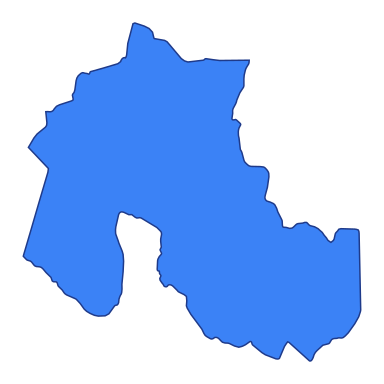 map outline of Jujuy (Albers equal-area conic projection)
{"feature_id": "ARG-1301", "entity_name": "Jujuy", "entity_type": "Province", "adm_level": 1, "iso_a3": "ARG", "parent_name": "Argentina", "parent_adm1": "", "projection": "albers", "projection_center": [-65.702, -23.2], "detail": "fine", "context": "isolated", "style": "filled", "palette": "blue", "viewbox_px": 384, "rotation_deg": 0, "n_neighbors": 0, "source": "natural_earth", "source_scale": "10m", "svg_char_len": 5093}
<svg xmlns="http://www.w3.org/2000/svg" viewBox="0 0 384 384"><path d="M23.3,256.2L23.6,255.0L31.1,229.5L38.5,204.1L46.0,178.7L47.9,172.3L48.4,168.5L28.4,147.4L34.0,137.9L37.2,133.9L45.4,127.2L46.6,125.4L46.9,122.8L45.8,111.7L47.7,111.6L50.2,111.8L51.9,111.4L53.3,110.4L54.3,108.8L56.5,106.3L59.5,104.8L71.8,100.8L73.1,99.9L73.1,98.6L72.4,95.2L72.7,94.2L74.1,92.4L74.9,89.7L76.1,80.8L76.9,78.0L78.3,75.7L80.9,73.4L82.4,72.7L83.6,72.8L84.8,73.2L87.0,73.5L88.8,74.1L89.3,73.9L89.7,73.2L90.0,72.3L90.4,71.7L103.2,68.1L117.9,63.7L120.6,61.6L121.0,60.5L121.7,59.3L122.5,58.4L123.5,57.8L124.9,57.6L125.4,57.9L125.6,57.7L126.3,56.3L126.7,54.5L127.8,43.4L133.0,23.7L134.9,23.0L144.3,26.1L149.1,28.5L152.5,32.2L153.9,38.0L154.4,38.6L164.6,40.4L167.1,41.8L181.3,58.6L184.5,60.9L187.9,62.0L203.3,60.2L204.1,59.8L204.6,59.3L205.2,58.8L206.1,58.7L213.8,59.8L219.7,60.5L249.2,60.2L249.0,62.8L248.5,64.2L247.1,66.4L245.9,68.6L245.3,70.4L244.2,75.1L243.9,78.8L243.9,85.6L243.7,86.6L243.4,87.4L241.4,90.4L241.1,90.9L239.9,92.7L236.8,100.1L236.4,101.9L235.7,103.7L233.2,108.4L232.8,109.6L232.6,110.6L232.7,113.3L231.9,118.7L232.4,119.7L232.7,119.8L233.9,119.9L235.6,119.5L236.5,120.0L240.4,123.6L240.7,124.7L239.0,128.1L238.5,130.0L238.3,131.8L238.4,134.8L238.5,135.8L238.8,137.3L239.0,137.9L240.3,149.2L240.5,149.8L241.4,151.3L241.9,152.5L244.0,160.4L244.4,161.3L244.8,162.0L246.4,163.7L248.6,165.6L249.8,166.1L251.2,166.4L260.4,166.6L263.5,167.0L264.4,167.4L265.4,168.2L267.1,170.1L267.8,171.2L268.3,172.0L268.7,173.2L268.8,173.9L268.9,176.9L267.4,187.4L265.4,194.7L265.0,196.6L264.9,198.0L265.1,198.6L265.3,199.2L265.6,199.7L265.9,200.2L266.3,200.6L266.8,201.0L269.1,201.8L270.0,202.0L273.5,203.6L274.8,204.8L276.6,208.2L277.8,211.9L281.6,219.4L282.1,220.6L282.2,221.2L282.4,225.3L282.7,226.5L283.2,227.1L283.8,227.3L285.1,227.3L286.6,227.5L289.6,228.4L291.9,228.1L292.3,227.9L293.1,227.4L293.5,227.0L293.9,226.7L295.9,224.7L297.0,223.9L298.0,223.6L302.7,223.1L304.8,222.4L306.0,222.4L306.7,222.5L307.6,223.3L308.7,224.6L309.2,225.0L309.6,225.3L310.4,225.7L314.6,226.8L318.1,228.7L319.7,230.2L321.9,232.1L322.3,232.5L324.2,235.3L326.5,238.0L326.8,238.5L327.2,239.2L328.0,240.4L330.9,242.4L333.3,240.5L334.1,239.1L335.3,233.8L335.7,233.0L337.9,230.6L338.7,229.3L340.0,228.9L341.0,228.7L354.7,229.1L356.6,229.4L358.3,230.0L358.9,231.5L359.1,233.3L360.7,310.0L360.4,311.6L358.7,316.8L354.8,323.7L348.3,332.8L345.3,335.9L343.9,337.0L343.5,337.4L342.4,337.8L341.8,338.0L341.1,338.0L338.9,337.8L337.6,338.1L337.0,338.3L336.4,338.4L334.3,338.5L333.4,338.7L332.4,339.1L331.7,339.6L331.3,340.1L329.6,342.9L329.0,343.5L328.3,343.8L322.9,345.2L317.1,350.5L315.4,352.4L314.1,354.6L313.2,357.4L312.4,359.1L311.8,360.0L311.3,360.6L310.8,360.8L310.3,361.0L309.5,360.9L288.9,342.3L287.6,341.9L286.2,343.8L284.5,346.4L279.5,358.2L279.1,358.6L278.6,358.8L278.0,359.0L277.3,359.0L275.8,358.8L265.4,354.8L261.9,352.6L252.7,345.0L252.3,344.5L252.1,344.0L251.7,342.7L251.5,342.1L251.0,341.6L250.5,341.5L249.9,341.6L245.5,344.7L242.9,346.0L241.6,346.5L238.8,347.2L234.5,346.0L229.6,343.6L228.4,343.2L227.6,343.1L225.0,343.0L222.4,342.2L221.2,341.1L218.8,338.6L217.8,337.9L216.9,337.5L216.1,337.4L215.5,337.4L215.0,337.4L214.7,337.5L213.3,338.5L212.6,338.8L211.5,339.0L210.4,338.7L206.9,336.7L205.8,335.9L205.1,335.3L203.9,333.4L201.9,329.2L190.9,314.4L187.2,308.1L186.4,305.8L186.8,300.8L186.4,296.4L184.1,294.6L179.0,292.1L178.2,291.6L177.1,290.3L173.1,286.3L171.9,285.4L170.8,284.9L170.0,284.8L169.3,284.8L168.7,284.9L168.2,285.2L167.8,285.6L167.5,286.1L167.0,286.5L166.3,286.8L165.2,286.7L164.5,286.4L164.0,286.0L163.2,284.4L162.1,283.1L160.1,280.2L159.8,278.6L160.1,277.8L160.7,276.5L160.9,275.6L160.7,275.1L160.4,274.7L160.1,274.4L159.9,274.1L159.5,273.3L159.4,271.6L159.2,271.1L158.7,271.0L158.1,270.9L157.5,270.4L157.3,269.8L157.2,269.1L157.6,260.7L157.8,259.7L158.0,259.0L159.2,256.7L159.5,256.3L161.2,254.4L161.5,253.7L161.5,253.1L160.3,250.5L160.1,250.0L160.1,249.6L161.3,247.1L160.7,241.4L160.7,239.0L161.5,234.7L161.5,233.6L161.4,232.7L160.9,231.6L160.1,230.7L156.9,227.5L141.3,218.1L140.7,217.9L140.1,217.7L139.4,217.7L138.2,217.9L136.8,218.0L135.1,217.2L131.8,214.6L128.9,214.7L123.8,212.3L122.5,212.0L121.4,211.9L120.5,212.2L120.0,212.5L119.5,213.0L118.9,214.0L118.6,214.6L115.8,226.9L115.5,229.9L115.6,233.3L115.9,234.5L118.3,241.2L118.8,242.9L122.2,251.2L123.1,254.4L123.6,261.2L123.1,271.8L121.9,284.3L122.0,289.0L121.7,292.3L121.3,293.9L120.6,295.0L119.8,296.7L119.0,299.1L118.6,302.7L117.9,304.2L117.1,305.0L115.3,305.4L114.6,305.9L108.9,313.8L105.2,315.8L98.3,316.1L94.4,315.3L90.1,313.4L86.6,311.3L84.2,309.1L80.2,303.5L76.4,299.4L75.5,298.8L66.6,294.9L64.9,293.7L64.1,292.8L62.2,290.0L58.4,286.3L58.1,285.8L57.9,285.3L57.3,283.2L56.8,282.3L56.2,281.9L55.4,281.8L54.6,281.8L53.4,281.7L52.7,281.3L52.2,280.9L51.8,279.8L51.1,277.7L51.0,277.4L46.1,272.6L43.0,268.9L42.1,268.1L41.4,267.5L40.8,267.2L39.4,266.8L37.2,266.6L36.3,266.5L35.0,266.0L34.4,265.5L33.9,265.0L31.8,262.3L31.1,261.6L30.4,261.1L27.5,260.2L26.7,259.8L26.0,259.1L23.3,256.3L23.3,256.2Z" fill="#3b82f6" stroke="#1e3a8a" stroke-width="1.5"/></svg>